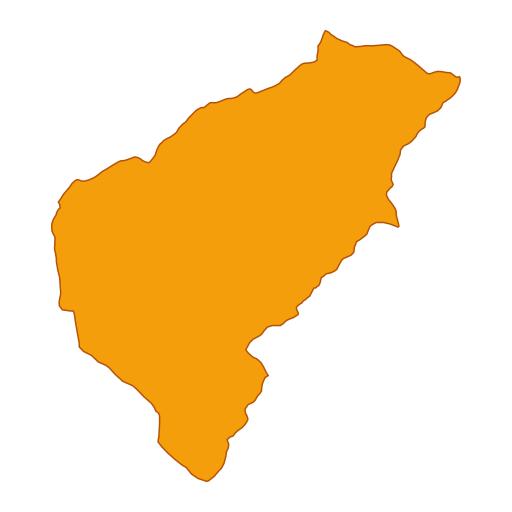 Gomdar, Samdrup Jongkhar, Bhutan
{"feature_id": "84629894B7815238118708", "entity_name": "Gomdar", "entity_type": "district", "adm_level": 2, "iso_a3": "BTN", "parent_name": "Bhutan", "parent_adm1": "Samdrup Jongkhar", "projection": "robinson", "projection_center": [91.584, 27.001], "detail": "fine", "context": "isolated", "style": "filled", "palette": "amber", "viewbox_px": 512, "rotation_deg": 0, "n_neighbors": 0, "source": "geoboundaries", "source_scale": "gbopen_adm2", "svg_char_len": 5515}
<svg xmlns="http://www.w3.org/2000/svg" viewBox="0 0 512 512"><path d="M459.5,76.7L458.3,77.2L456.5,77.1L454.8,76.2L452.2,74.1L450.5,72.9L449.0,72.7L447.6,72.6L445.7,72.4L443.1,71.9L441.2,71.6L437.6,71.4L434.0,72.3L430.4,73.7L428.8,73.7L427.3,73.4L424.9,71.4L418.9,66.2L414.3,62.5L410.5,59.7L404.4,56.7L402.4,54.9L401.6,53.8L399.7,51.2L395.9,48.6L392.6,46.4L389.7,45.0L386.0,44.6L379.9,45.2L371.3,45.9L369.4,45.7L367.4,45.7L364.5,45.8L361.0,46.4L357.7,46.6L355.4,46.8L353.8,46.3L352.6,45.5L349.8,44.6L347.3,42.6L341.9,40.8L337.2,38.7L334.2,36.6L330.9,34.4L328.9,32.4L327.2,31.4L325.3,30.7L324.3,32.7L323.2,34.9L322.2,38.0L321.3,40.6L320.2,43.0L318.0,46.0L318.1,50.6L317.8,52.3L317.3,54.4L317.1,56.3L317.1,58.3L317.0,60.1L314.4,61.9L312.2,62.4L309.7,62.9L308.1,63.0L306.8,63.1L304.0,63.3L302.1,64.0L299.5,65.9L296.9,68.3L295.3,69.7L293.9,71.0L291.6,73.3L290.2,74.7L288.1,76.0L285.5,77.4L282.8,79.6L280.6,81.9L279.7,83.2L277.8,84.3L275.1,85.8L273.0,86.8L270.7,87.6L268.9,88.2L265.2,89.6L261.3,91.2L258.3,92.4L256.5,93.0L254.7,93.0L252.9,91.7L251.6,90.0L250.8,89.2L249.3,89.0L247.7,89.5L246.5,90.2L245.0,91.3L243.5,92.2L241.8,93.3L239.5,94.9L237.9,96.2L236.3,97.1L234.5,97.7L232.8,98.2L230.7,98.5L229.6,98.4L226.7,98.8L223.4,100.0L219.9,101.5L217.2,102.4L215.5,102.8L213.6,102.7L211.5,102.6L210.1,102.8L209.0,103.5L207.8,104.5L205.4,106.5L204.4,107.2L203.1,107.8L201.8,107.4L200.7,107.9L198.0,109.2L196.3,110.3L193.9,112.7L191.7,114.9L188.5,118.2L185.8,121.9L182.8,124.0L181.3,125.7L179.2,127.8L177.7,130.3L176.6,132.2L175.0,133.7L170.6,136.8L166.8,138.7L163.4,140.8L162.1,142.4L159.9,144.2L158.3,146.9L157.0,149.6L155.0,155.5L152.2,159.2L150.0,161.8L148.5,162.8L144.8,161.7L142.3,160.5L140.4,158.8L137.7,157.6L135.6,157.0L133.6,157.3L131.5,158.2L127.5,159.6L124.2,160.6L120.5,160.9L118.0,162.1L115.1,163.8L111.9,165.7L106.7,169.0L102.4,171.4L97.0,175.7L93.8,177.8L88.9,179.9L85.6,180.9L83.2,181.2L80.8,180.8L79.3,180.1L77.7,179.7L76.4,179.9L74.4,181.3L72.2,183.3L69.6,187.1L67.6,189.5L65.6,191.8L63.2,194.7L60.6,199.0L58.4,202.0L59.7,204.6L60.2,207.7L58.2,209.7L57.6,210.8L56.6,212.8L56.2,214.5L55.5,215.9L54.8,217.1L53.5,219.1L52.3,222.3L51.8,224.1L51.8,226.9L51.9,229.2L51.9,230.6L53.0,233.5L55.0,237.1L54.9,241.4L54.8,243.9L54.8,245.7L54.5,248.0L54.8,250.9L55.5,252.7L55.7,254.4L56.3,258.1L56.4,261.7L57.3,267.0L57.8,270.1L58.1,271.2L58.4,272.4L58.7,273.6L59.0,274.9L59.3,276.1L59.6,277.3L59.7,278.6L59.8,279.8L59.9,281.1L60.0,282.4L60.1,283.6L60.1,284.8L60.2,286.0L60.3,287.2L60.4,288.7L60.5,290.1L60.6,291.3L60.7,292.8L60.6,294.5L60.3,295.8L59.9,297.6L59.6,299.2L59.4,300.6L59.1,301.8L59.2,303.4L59.4,305.8L62.3,309.8L69.9,310.9L73.4,311.1L74.4,314.3L75.4,321.6L76.8,329.7L79.2,343.1L79.3,347.0L83.5,351.4L91.8,355.6L93.2,357.0L98.2,361.9L106.1,365.4L109.5,368.1L115.3,374.5L123.0,381.4L126.8,383.1L132.7,385.7L137.1,389.6L144.3,397.1L151.3,403.2L154.4,407.5L155.8,411.1L158.6,413.2L159.6,415.9L159.6,422.8L159.3,428.9L158.9,436.1L158.0,441.9L162.1,447.1L167.8,453.0L175.3,459.7L181.9,464.9L186.3,467.6L191.6,474.1L197.9,478.4L200.6,479.3L206.5,481.3L208.4,480.9L210.4,479.4L214.7,475.9L215.4,474.7L216.3,473.9L218.5,471.3L221.4,468.3L223.9,463.6L225.8,456.6L226.5,451.6L228.1,448.5L228.6,445.9L228.6,443.7L227.7,441.4L227.1,439.7L230.1,436.9L232.9,436.1L235.4,432.9L238.2,430.3L242.0,427.7L245.4,424.0L247.8,419.9L247.8,418.7L246.6,415.0L245.6,413.5L245.1,411.2L245.2,408.8L247.2,406.0L248.3,404.4L253.0,402.4L254.9,400.6L257.6,395.9L259.9,393.5L261.5,390.9L261.7,387.4L262.5,383.5L264.1,379.6L265.1,377.5L266.1,376.9L268.2,375.6L266.3,372.5L263.6,367.0L261.0,362.7L257.0,359.0L252.9,357.2L248.3,353.1L245.8,349.8L248.0,345.7L249.5,342.8L253.1,339.2L257.1,337.1L259.4,335.9L261.6,334.2L264.1,330.8L267.4,327.1L270.8,326.0L272.4,325.5L276.8,325.6L280.5,325.5L281.6,324.6L282.7,324.1L286.4,320.5L289.6,319.0L293.3,317.6L297.9,314.8L298.3,313.4L297.9,312.2L296.5,309.2L296.5,307.2L297.9,305.5L300.0,304.0L301.7,303.0L303.3,300.9L305.3,299.7L307.5,297.8L309.7,296.1L311.6,292.4L313.3,289.2L313.9,288.1L315.8,287.8L316.9,286.7L318.7,285.6L320.1,282.8L320.7,280.1L321.3,277.6L323.5,276.2L326.3,273.8L330.7,272.9L334.5,271.1L336.7,269.5L339.2,264.7L341.2,260.9L342.9,259.0L344.0,258.2L347.4,256.9L351.1,255.1L353.7,252.4L354.2,249.3L354.4,247.3L356.1,243.1L356.4,241.8L359.9,239.7L364.9,235.9L366.8,234.2L368.6,229.6L370.1,226.2L372.5,224.5L376.2,222.5L383.5,222.5L389.7,223.9L394.8,225.8L397.9,227.1L398.9,226.3L398.6,224.4L398.0,222.0L397.5,219.9L396.7,217.0L396.3,215.4L396.3,212.9L395.9,210.3L394.5,207.5L393.5,206.0L392.7,204.9L391.5,203.2L390.1,201.3L388.5,199.4L387.3,197.0L386.6,195.8L386.5,194.3L386.6,193.0L386.9,191.9L387.8,190.9L389.1,189.3L390.9,187.5L392.2,186.4L393.1,184.6L392.8,183.5L392.2,182.2L391.6,180.9L391.2,179.5L391.5,177.0L391.5,174.1L392.0,172.1L392.6,171.1L393.2,169.9L394.0,168.0L395.7,164.4L397.1,161.5L397.9,160.0L398.3,158.9L399.1,156.5L399.8,155.3L400.2,153.4L400.4,151.7L400.5,150.1L401.5,148.7L403.0,146.8L403.8,145.9L405.8,144.9L407.5,144.2L409.7,142.8L411.4,141.5L413.3,139.5L414.7,137.9L416.2,136.1L417.3,133.6L418.6,131.8L419.6,130.9L421.7,129.2L423.3,128.3L424.7,127.2L425.1,125.5L425.0,124.1L425.1,122.2L425.8,119.6L426.3,118.0L427.2,116.7L428.6,115.2L429.8,114.2L431.9,113.4L433.1,112.9L434.3,112.4L435.8,111.7L437.5,110.9L440.7,107.9L441.7,105.9L442.8,103.0L444.5,101.8L445.8,101.2L447.0,100.3L448.3,99.3L450.3,98.0L453.2,95.3L455.3,93.0L457.3,89.6L458.1,87.4L459.3,84.3L460.1,81.8L460.2,79.9L460.2,78.6L459.5,76.7Z" fill="#f59e0b" stroke="#b45309" stroke-width="1.5"/></svg>